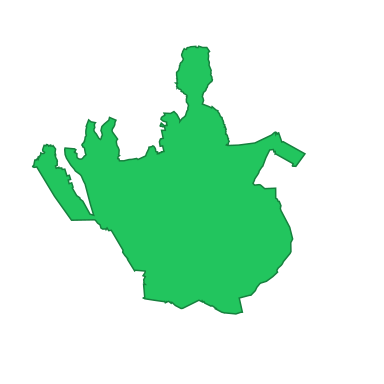 Guadalupe Victoria, Puebla, Mexico, rotated 233°
{"feature_id": "50627088B92616914414309", "entity_name": "Guadalupe Victoria", "entity_type": "district", "adm_level": 2, "iso_a3": "MEX", "parent_name": "Mexico", "parent_adm1": "Puebla", "projection": "mercator", "projection_center": [-97.339, 19.307], "detail": "fine", "context": "isolated", "style": "filled", "palette": "green", "viewbox_px": 384, "rotation_deg": 233, "n_neighbors": 0, "source": "geoboundaries", "source_scale": "gbopen_adm2", "svg_char_len": 6062}
<svg xmlns="http://www.w3.org/2000/svg" viewBox="0 0 384 384"><g transform="rotate(233 192 192)"><path d="M312.1,85.7L308.5,81.7L308.4,80.2L308.1,80.0L306.7,80.7L305.4,83.1L271.3,79.6L242.0,78.8L228.4,97.5L227.1,97.9L224.0,97.9L221.0,98.8L218.0,97.6L216.1,98.4L214.4,100.9L213.7,100.7L214.4,102.5L211.3,102.2L210.0,104.5L187.1,101.9L185.6,100.4L181.7,100.2L177.9,100.5L178.0,100.3L176.4,99.9L163.5,98.7L163.6,99.7L157.1,107.0L156.4,106.7L155.6,105.3L154.6,102.5L152.6,103.8L151.0,100.6L149.6,99.9L148.6,99.0L147.7,98.8L146.4,99.0L147.4,97.8L136.1,90.7L137.0,88.8L135.5,90.3L135.1,90.1L127.6,97.4L121.5,103.5L121.1,104.3L119.6,104.0L119.3,105.3L119.7,105.8L119.1,106.3L118.7,107.6L115.6,108.4L115.7,108.8L116.8,108.6L115.9,109.6L111.4,110.4L105.5,113.2L104.7,114.6L101.4,132.4L98.3,134.0L98.7,134.5L97.7,134.4L97.6,135.0L97.2,135.0L97.1,135.6L95.7,135.3L89.4,138.5L89.2,139.6L83.5,141.5L85.5,140.0L78.2,143.4L75.7,145.3L75.7,145.5L68.2,153.7L66.6,158.5L65.7,159.9L78.9,165.9L75.0,175.5L74.1,177.0L75.1,183.2L76.8,186.3L78.0,191.0L77.9,192.1L75.9,197.7L75.8,205.6L76.5,212.1L77.8,212.3L78.5,212.9L79.4,215.1L79.8,219.3L80.3,221.0L81.4,223.1L83.9,233.3L84.8,235.1L92.1,240.4L93.9,244.1L105.0,248.8L123.8,251.9L125.8,252.7L126.4,253.5L127.2,254.0L127.3,254.7L132.0,256.0L132.4,255.3L133.3,255.2L134.0,255.6L135.5,255.7L136.6,255.1L144.7,261.1L150.9,252.1L156.4,250.9L157.5,250.0L159.8,246.1L162.2,245.9L163.7,248.8L164.6,249.8L166.4,255.0L167.2,256.9L168.3,258.3L169.8,262.5L170.0,264.0L174.9,271.6L178.8,279.4L177.0,282.5L174.7,281.6L174.2,282.8L172.2,281.2L172.0,281.8L153.7,289.8L152.5,287.9L152.1,287.9L150.0,290.4L154.5,305.2L177.3,295.1L177.8,293.8L187.1,296.8L187.2,296.5L186.6,295.7L186.7,295.3L188.2,295.2L187.5,293.6L189.5,294.7L189.9,293.7L189.6,290.0L189.8,288.9L193.3,271.7L201.5,257.3L207.5,248.7L208.9,247.7L209.1,248.3L208.2,249.4L209.8,251.2L210.0,252.1L211.8,252.4L212.8,252.8L212.8,253.2L213.9,253.3L216.1,254.3L216.8,254.1L217.5,254.3L217.9,253.7L219.8,255.1L219.7,255.4L221.8,256.5L221.6,257.0L224.0,257.7L224.3,257.0L225.9,258.6L227.2,258.2L228.3,258.7L228.7,259.3L229.4,259.3L230.3,259.8L231.7,259.9L233.4,260.8L233.9,260.4L236.0,260.3L238.1,261.0L240.8,261.0L241.3,261.6L242.8,260.6L248.1,259.4L247.4,258.3L250.6,256.6L256.0,253.2L258.2,256.4L260.6,257.4L261.8,257.5L262.8,258.8L263.4,259.0L263.5,259.8L264.6,261.1L264.7,263.4L265.1,264.6L266.1,265.8L266.4,267.1L267.9,269.1L268.6,273.7L268.3,274.0L268.8,275.2L269.6,276.0L270.3,276.0L271.9,277.1L274.4,277.4L275.3,278.7L276.5,279.2L277.6,280.5L283.0,281.9L285.2,283.9L288.1,284.7L290.7,287.2L293.1,288.4L293.6,289.2L293.7,290.6L298.5,290.8L301.1,287.4L304.4,285.1L303.7,283.7L305.1,282.2L306.0,282.7L308.7,278.5L309.4,276.2L310.1,275.2L310.1,274.7L309.2,273.4L310.6,272.1L311.1,272.0L309.8,269.1L308.9,268.1L308.2,266.7L307.4,266.0L305.0,265.3L303.7,265.3L303.2,264.9L302.0,262.4L302.0,260.8L301.6,259.8L300.4,258.6L300.3,257.9L299.4,257.4L297.2,254.5L296.8,251.7L294.4,249.9L293.8,249.7L292.5,248.8L291.7,248.6L291.6,247.9L290.4,247.9L290.3,247.3L288.2,245.9L287.6,246.0L287.3,245.1L287.7,245.3L288.5,245.2L288.8,244.6L287.7,245.0L285.6,243.7L285.4,243.2L284.9,243.3L284.0,242.6L284.1,243.5L282.2,243.5L281.3,244.3L280.2,244.7L279.3,244.5L278.9,243.9L276.8,245.1L275.7,244.8L272.9,246.0L272.0,246.0L271.5,245.7L271.4,244.9L270.7,244.9L269.6,243.4L267.6,242.0L267.2,241.7L265.2,241.8L263.1,241.2L261.6,239.2L260.2,238.3L259.7,236.6L256.7,232.5L256.8,231.6L256.5,230.3L256.7,228.6L255.6,224.7L256.5,225.5L257.8,225.8L263.0,226.6L267.1,226.0L267.6,222.2L271.8,217.1L269.9,216.7L269.6,216.4L270.0,213.8L269.9,212.5L268.9,211.0L266.3,211.5L263.0,213.8L260.9,212.0L260.5,212.4L260.1,212.1L261.7,209.8L265.5,208.9L264.0,206.4L263.5,206.3L262.4,207.6L261.7,207.8L260.6,209.3L257.3,207.8L259.6,204.8L252.2,201.3L253.2,199.3L252.9,199.1L253.2,198.5L251.7,196.2L247.7,194.1L246.5,196.3L241.2,194.0L242.5,191.8L241.9,191.5L243.0,189.3L242.4,189.0L243.3,187.3L244.1,188.1L244.6,188.0L244.9,188.5L245.8,187.6L246.2,187.5L248.3,188.7L249.8,189.0L251.4,189.0L252.4,188.5L252.5,187.0L253.7,184.6L252.6,183.6L250.3,179.1L248.7,176.7L250.5,168.4L252.1,168.0L254.2,163.7L255.8,161.3L257.9,156.4L260.6,152.8L262.3,153.6L263.3,152.8L263.7,153.1L264.7,154.4L264.7,156.1L266.0,155.8L266.7,156.8L269.4,159.1L271.8,159.8L274.4,160.1L277.6,161.7L278.6,162.9L279.0,164.4L287.9,164.6L289.2,165.1L290.7,167.1L290.6,167.7L291.6,169.8L292.2,170.8L293.9,172.3L295.1,174.5L301.2,171.0L299.4,168.8L299.1,163.0L298.6,159.7L298.3,159.1L295.8,156.2L294.0,155.8L291.4,154.7L290.7,153.1L289.4,151.6L289.0,150.5L290.9,149.9L296.0,150.5L298.0,150.3L299.8,150.5L301.3,151.6L301.9,153.1L304.1,154.2L305.1,155.3L305.5,156.6L308.8,153.6L311.8,152.9L308.0,146.9L307.3,147.0L305.3,144.6L303.9,143.4L302.1,142.1L301.0,141.8L300.5,141.1L300.2,139.8L298.4,138.1L297.5,136.7L297.1,136.6L297.1,136.0L296.6,135.5L296.5,133.7L295.8,132.3L294.9,132.5L293.9,131.9L292.7,132.5L291.8,132.5L286.9,130.1L285.5,129.8L285.3,128.5L285.5,127.7L285.0,126.2L284.7,124.3L284.8,123.6L286.0,121.9L288.0,121.0L288.8,121.0L290.5,122.0L291.9,123.2L294.4,122.0L295.0,122.5L294.7,123.1L295.7,124.7L296.3,124.2L297.0,124.3L303.5,117.1L302.5,115.9L298.2,113.2L294.5,112.1L286.3,111.4L281.4,111.7L279.0,111.5L273.3,113.2L271.5,113.3L265.8,111.9L262.7,111.4L243.2,103.4L232.6,99.5L235.7,97.2L250.4,99.3L253.6,98.4L254.9,98.9L258.5,97.7L267.3,98.8L267.4,99.9L271.7,101.4L272.6,98.9L276.0,100.3L275.1,102.6L279.2,104.1L280.1,101.8L286.8,104.2L288.1,101.9L289.6,102.4L291.2,100.1L291.9,100.5L292.6,97.8L294.9,98.6L294.5,100.5L297.4,102.5L297.4,102.8L298.7,103.5L301.0,103.8L304.1,104.9L303.7,105.5L306.0,106.4L308.4,108.9L312.6,108.9L312.4,108.2L313.8,107.0L314.3,107.5L314.6,107.3L314.3,106.5L314.9,106.3L314.9,105.1L316.6,105.2L317.5,104.3L316.8,103.2L318.3,102.0L315.7,98.2L314.6,97.5L312.4,98.2L311.9,97.1L312.3,96.2L313.2,95.3L314.2,94.8L312.7,93.3L312.0,91.2L312.4,91.4L312.5,90.0L311.3,89.6L311.2,89.5L311.6,89.6L311.7,88.9L311.4,88.8L311.5,88.2L310.6,88.0L311.5,87.9L311.6,87.4L311.1,87.2L312.1,85.7Z" fill="#22c55e" stroke="#15803d" stroke-width="1.5"/></g></svg>